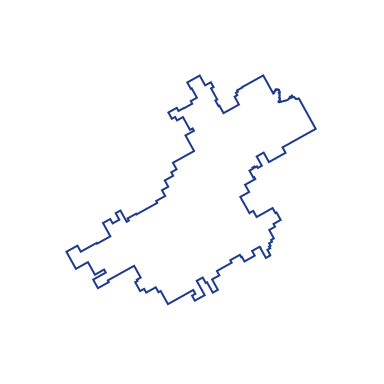 the district of Yalgoo, Western Australia, Australia, rotated 241°
{"feature_id": "25037944B40013954886351", "entity_name": "Yalgoo", "entity_type": "district", "adm_level": 2, "iso_a3": "AUS", "parent_name": "Australia", "parent_adm1": "Western Australia", "projection": "natural_earth1", "projection_center": [117.321, -28.488], "detail": "fine", "context": "isolated", "style": "outline", "palette": "blue", "viewbox_px": 384, "rotation_deg": 241, "n_neighbors": 0, "source": "geoboundaries", "source_scale": "gbopen_adm2", "svg_char_len": 5637}
<svg xmlns="http://www.w3.org/2000/svg" viewBox="0 0 384 384"><g transform="rotate(241 192 192)"><path d="M200.6,62.8L200.6,53.2L181.1,53.2L181.1,67.0L166.7,67.0L166.8,77.5L163.3,77.5L163.3,63.1L153.5,63.1L153.5,75.5L155.5,75.5L155.5,77.2L155.5,77.6L155.5,80.8L155.5,101.2L155.5,105.6L155.1,105.6L147.1,105.6L142.0,105.6L142.0,101.2L140.6,101.2L140.6,98.6L135.4,98.6L130.5,98.6L130.5,103.2L126.2,103.2L126.2,105.9L126.2,114.1L120.6,114.1L120.6,116.6L105.6,116.6L105.6,126.1L105.7,145.6L101.3,145.6L101.3,141.8L95.6,141.8L95.6,146.4L95.6,153.1L112.0,153.1L112.0,159.9L105.8,159.9L105.8,161.4L93.9,161.4L93.9,167.2L105.8,167.2L105.8,175.5L110.8,175.5L110.9,182.4L110.9,184.1L110.9,192.4L113.8,192.4L113.8,203.4L111.2,203.4L111.2,204.2L105.8,204.2L105.9,216.0L111.3,216.0L111.3,224.6L110.5,224.6L110.5,224.9L110.0,224.9L110.0,224.6L99.7,224.7L98.5,224.7L98.5,228.8L98.8,228.8L98.9,229.9L102.0,229.9L104.9,229.9L104.9,233.1L106.9,232.9L106.9,234.6L109.7,234.6L109.7,236.0L109.7,237.9L111.7,237.9L111.7,239.4L111.7,241.1L121.3,241.1L121.4,247.8L124.5,247.8L124.6,256.0L125.6,256.0L128.3,256.0L130.9,256.0L133.1,256.0L133.1,254.7L138.9,254.7L138.8,240.9L138.8,236.4L139.2,236.4L145.8,236.4L145.8,232.3L145.7,232.0L145.8,232.0L150.6,232.0L152.8,232.0L154.1,232.0L159.7,231.9L164.3,231.9L164.3,240.1L164.3,242.0L172.6,241.9L172.6,242.3L172.6,244.1L172.6,244.5L172.6,245.8L172.6,246.2L172.6,246.7L172.6,253.6L174.8,253.6L174.8,252.6L178.5,252.6L180.0,252.6L182.8,252.6L182.8,254.8L182.8,255.2L182.9,256.1L182.9,256.7L184.0,256.7L184.0,259.0L182.9,259.0L182.9,261.2L181.1,261.2L181.1,265.8L187.0,265.8L191.3,265.8L191.7,265.8L191.7,273.8L189.9,273.8L180.9,273.8L180.9,292.8L187.2,292.8L187.2,294.7L187.1,299.0L187.2,304.1L187.2,307.3L187.2,318.7L187.2,322.7L187.2,325.0L187.2,327.8L187.2,330.8L189.1,330.8L190.4,330.8L191.3,330.8L193.1,330.8L195.3,330.8L196.2,330.8L196.7,330.8L198.4,330.8L199.3,330.8L200.2,330.8L202.0,330.8L204.2,330.8L204.7,330.8L205.1,330.8L206.0,330.8L206.5,330.8L206.9,330.8L208.7,330.8L209.6,330.8L211.3,330.8L213.1,330.8L214.0,330.8L215.8,330.8L216.6,330.8L222.0,330.8L222.1,330.6L222.2,330.4L222.2,330.2L222.2,329.9L222.3,329.8L222.3,329.7L222.4,329.3L222.4,329.2L222.4,328.8L222.5,328.6L222.7,328.2L222.9,328.0L223.2,327.8L223.5,327.7L223.7,327.9L224.1,327.6L224.5,327.6L224.8,327.5L224.9,327.4L225.2,327.4L225.3,327.3L225.6,327.3L225.7,327.1L226.0,326.9L226.0,326.6L226.3,326.5L226.3,326.3L226.3,326.2L226.6,326.0L227.0,326.0L227.3,326.1L227.8,326.1L227.6,325.7L227.5,325.8L227.4,325.9L227.1,325.9L226.6,325.7L226.8,325.1L226.8,324.8L226.6,324.6L226.5,324.8L226.4,325.2L226.3,325.3L226.2,325.1L226.3,324.7L226.4,324.3L226.3,324.0L226.7,323.8L226.8,324.1L227.3,324.3L227.7,324.3L227.9,324.0L227.8,323.7L227.1,323.2L226.8,322.3L226.8,322.0L226.3,321.6L226.3,321.1L226.3,320.8L226.2,320.5L226.3,320.2L226.3,319.6L226.4,319.3L226.4,318.8L226.5,318.5L226.4,318.2L226.6,318.0L226.7,317.8L226.7,317.6L226.8,317.4L226.9,317.2L227.0,317.1L227.1,316.8L227.2,316.5L227.1,316.3L227.2,316.0L227.2,315.8L227.2,315.6L227.3,315.4L227.5,314.8L227.7,314.5L227.7,314.2L227.7,313.9L227.8,313.6L227.7,313.5L227.7,313.3L227.8,313.2L228.0,313.1L228.5,313.4L228.9,313.3L228.9,313.1L229.0,312.9L228.5,312.7L228.1,312.2L228.2,311.7L228.5,311.4L228.8,311.3L229.1,311.4L229.2,311.5L229.2,311.9L229.2,312.1L229.5,312.4L229.9,313.2L230.4,313.7L230.8,314.2L231.3,314.3L231.4,314.0L231.6,313.8L232.1,313.9L232.1,314.0L232.3,314.3L232.5,314.5L232.8,314.6L233.2,314.8L233.5,315.0L233.4,315.1L233.5,315.3L233.9,315.2L234.1,315.3L234.3,315.5L234.8,315.8L235.1,315.9L235.2,316.0L235.5,316.0L235.8,315.9L236.0,316.0L236.8,316.1L236.8,316.4L236.9,316.6L237.1,316.8L236.9,316.9L236.6,316.9L236.5,317.1L236.8,317.2L237.0,317.3L237.7,317.4L238.1,317.4L238.5,317.5L238.5,317.3L238.4,317.2L238.9,317.0L239.3,317.1L239.1,317.3L239.2,317.5L239.5,317.5L239.7,317.2L240.1,316.7L239.8,316.6L239.9,316.4L240.2,316.3L240.3,316.2L240.5,316.1L240.6,315.9L240.8,316.0L241.0,315.7L241.1,315.3L240.8,315.3L240.6,315.1L240.4,315.2L240.2,315.0L240.2,314.5L240.1,313.4L239.8,312.8L240.2,313.0L240.1,312.7L239.9,312.3L239.6,312.1L239.4,311.9L239.2,312.3L238.9,312.2L238.8,311.8L239.1,311.6L239.0,311.2L238.9,311.2L238.8,310.8L240.1,310.8L241.5,310.8L242.8,310.8L244.1,310.8L245.5,310.8L246.8,310.8L247.7,310.8L249.0,310.8L250.4,310.8L251.7,310.8L253.0,310.8L254.4,310.8L255.2,310.8L256.6,310.8L257.9,310.8L259.4,310.8L259.4,286.5L259.0,286.5L259.0,285.4L259.0,283.9L259.0,283.1L259.0,281.6L259.0,280.8L259.0,280.7L257.5,280.7L257.5,278.5L254.7,278.5L254.7,275.5L245.7,275.4L245.7,270.4L245.7,267.8L245.7,265.5L245.7,263.2L245.7,257.8L247.9,257.8L249.8,257.8L252.0,257.8L254.3,257.8L254.3,256.8L256.2,256.8L258.2,256.8L258.4,256.8L260.7,256.8L260.7,258.9L264.0,258.9L266.9,258.9L270.5,258.9L273.4,258.9L273.3,261.7L276.0,261.7L278.8,261.7L278.9,255.2L282.5,255.2L286.1,255.2L288.4,255.2L290.1,255.2L290.1,246.8L290.1,241.0L282.8,241.0L282.8,242.0L277.4,242.0L276.2,242.0L272.1,242.0L272.1,239.1L272.1,235.0L269.1,235.0L269.1,225.6L269.4,225.6L269.4,219.5L273.0,219.5L273.0,209.9L265.8,209.9L265.8,213.6L261.9,213.6L261.9,220.4L260.4,220.4L258.2,220.4L255.9,220.4L253.7,220.4L251.8,220.4L247.3,220.4L247.3,223.4L244.6,223.4L244.6,213.7L226.8,213.7L226.8,189.5L219.3,189.5L219.3,183.4L215.3,183.4L215.3,173.8L208.1,173.8L208.1,166.6L204.6,166.6L201.5,166.6L201.5,158.1L201.5,156.3L199.3,156.3L199.3,132.5L200.1,132.5L200.1,122.9L197.6,122.9L197.6,120.4L210.5,120.4L210.5,115.0L203.0,115.0L203.0,107.4L208.0,107.4L208.0,99.1L202.7,99.1L199.2,99.1L192.8,99.1L192.8,90.2L192.8,83.9L193.7,83.9L193.7,65.8L200.6,65.8L200.6,62.8Z" fill="none" stroke="#1e3a8a" stroke-width="2"/></g></svg>